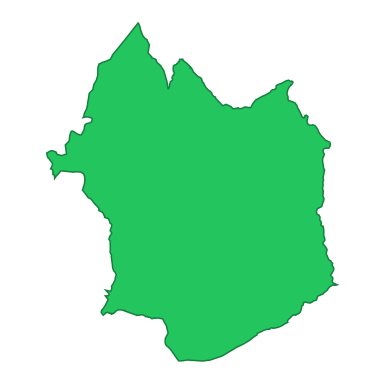 the district of Juárez Hidalgo, Hidalgo, Mexico
{"feature_id": "50627088B76146080244750", "entity_name": "Juárez Hidalgo", "entity_type": "district", "adm_level": 2, "iso_a3": "MEX", "parent_name": "Mexico", "parent_adm1": "Hidalgo", "projection": "mercator", "projection_center": [-98.833, 20.836], "detail": "fine", "context": "isolated", "style": "filled", "palette": "green", "viewbox_px": 384, "rotation_deg": 0, "n_neighbors": 0, "source": "geoboundaries", "source_scale": "gbopen_adm2", "svg_char_len": 5893}
<svg xmlns="http://www.w3.org/2000/svg" viewBox="0 0 384 384"><path d="M336.0,284.2L333.2,283.0L332.6,282.3L332.3,281.4L332.7,279.3L332.8,278.1L332.5,277.3L331.9,276.9L330.9,275.6L330.7,274.9L331.9,273.4L332.8,271.6L333.8,269.5L333.8,268.7L333.3,267.0L332.2,265.5L332.2,264.8L332.7,263.6L332.4,263.0L331.5,262.6L330.9,260.9L330.0,260.5L329.2,260.0L328.6,259.3L326.4,254.2L326.2,253.3L327.1,249.8L326.5,248.4L325.8,247.4L324.6,245.6L323.0,244.0L322.7,243.4L323.3,242.2L324.7,240.7L324.8,240.3L324.8,239.0L324.0,236.4L323.6,234.4L323.8,232.5L323.8,230.4L323.2,226.4L322.4,226.4L322.0,225.8L321.1,225.5L320.8,225.1L321.1,224.5L321.4,223.6L321.3,222.6L320.7,221.0L319.8,220.1L320.0,217.3L319.7,216.4L319.3,215.8L319.0,215.1L318.3,215.0L316.8,213.9L316.6,212.8L316.6,210.6L317.5,208.6L321.6,206.6L322.5,203.8L323.6,201.0L324.0,198.4L322.8,196.1L323.1,194.3L323.3,190.6L322.7,189.7L322.6,187.8L323.1,185.6L323.0,183.1L322.8,182.2L323.5,180.4L323.5,179.8L323.0,178.1L324.1,172.1L324.6,170.0L323.6,167.9L323.3,165.5L322.6,161.6L322.7,158.2L323.8,156.0L324.4,154.0L323.5,152.8L323.0,151.3L323.4,149.6L324.5,148.4L326.7,148.1L328.8,148.2L329.6,147.0L330.1,146.0L330.3,143.8L329.8,142.2L325.6,140.3L321.4,135.9L320.1,134.3L318.6,131.7L317.7,129.3L316.1,126.9L314.7,125.5L312.9,124.8L310.9,125.3L309.1,125.0L307.7,123.8L307.0,122.0L307.4,118.9L308.0,116.7L307.3,115.9L306.1,115.1L305.2,115.4L304.6,116.3L304.6,117.6L303.3,117.8L302.0,116.7L300.1,112.2L297.6,107.7L296.8,105.4L295.2,103.1L293.2,102.0L288.4,100.4L288.0,99.0L288.0,96.4L286.9,94.2L287.7,90.0L289.5,86.6L292.1,84.1L293.0,82.2L292.6,81.5L291.5,81.1L290.7,81.5L288.6,80.2L286.2,80.8L281.2,83.5L277.4,84.8L276.1,86.0L276.1,88.2L274.5,89.5L272.3,89.8L271.0,90.9L270.2,92.3L265.1,95.2L262.3,96.3L255.7,100.0L252.9,103.5L250.8,107.7L249.5,107.4L249.8,107.0L249.1,107.7L245.1,106.9L241.7,108.5L239.1,108.6L238.3,107.8L235.0,108.6L233.8,108.7L232.7,108.5L231.0,106.6L226.0,104.3L225.6,104.6L222.7,105.7L215.8,98.5L215.4,97.0L213.6,96.3L212.1,94.4L211.8,93.0L209.7,90.9L209.0,90.7L205.7,87.3L203.3,82.5L202.3,81.8L201.7,79.2L200.7,77.8L199.4,77.1L197.9,76.5L194.1,72.6L193.4,72.2L193.2,71.4L192.2,69.5L192.2,69.2L190.9,67.5L190.7,67.8L190.1,68.0L190.1,67.7L190.4,66.8L186.8,63.3L182.6,60.0L183.0,59.8L182.8,59.3L182.3,59.4L181.9,59.1L181.2,59.5L179.7,59.3L179.4,60.2L179.2,61.6L178.5,61.8L178.2,62.2L178.0,62.9L176.9,63.6L176.4,64.4L175.2,64.9L174.0,65.3L173.6,65.7L173.2,67.4L173.2,69.9L173.4,71.2L174.0,72.0L174.3,73.1L173.7,74.9L172.6,75.8L172.1,77.4L172.1,78.2L172.4,78.8L172.6,79.9L171.5,81.0L170.7,81.4L170.3,81.8L170.2,83.2L169.5,84.0L169.5,85.0L169.4,87.0L168.8,87.9L168.5,88.7L168.0,88.7L166.9,81.4L163.9,70.9L160.6,65.6L156.9,62.4L156.0,59.6L155.3,59.1L152.3,58.0L152.0,58.1L151.8,57.0L151.2,56.3L148.0,52.9L149.4,44.9L147.0,40.3L147.1,39.8L144.8,38.2L142.9,35.9L140.8,30.6L139.8,26.3L138.8,24.0L138.3,23.0L138.0,23.1L124.6,40.2L112.5,55.0L110.6,59.1L105.8,61.4L102.0,62.5L100.4,63.6L99.2,63.8L98.4,65.8L97.9,68.2L97.7,75.5L96.2,80.5L93.8,84.6L92.9,89.5L89.2,93.4L88.3,99.7L87.7,102.3L87.6,104.5L87.0,107.4L86.5,109.2L84.8,112.4L84.0,114.8L83.9,116.0L83.1,117.6L85.0,117.0L86.1,116.9L88.3,117.0L89.1,117.1L92.0,118.3L92.1,120.2L91.5,121.6L90.3,122.6L88.7,123.2L86.7,123.6L85.1,124.7L84.5,126.5L84.3,128.7L83.7,130.5L82.3,132.9L81.6,134.7L80.3,135.0L78.9,134.8L75.7,133.0L73.5,131.4L72.8,131.1L72.0,131.0L71.4,131.3L71.0,131.8L69.8,135.3L69.5,137.3L69.4,139.5L69.0,141.3L65.3,144.9L66.5,153.9L61.8,155.6L57.1,154.4L56.0,152.0L54.8,151.7L53.2,150.9L51.3,150.7L49.8,151.3L46.8,152.9L47.0,154.9L47.7,157.4L49.4,159.2L50.8,161.3L51.9,162.4L52.2,162.9L52.4,165.1L50.6,168.9L52.3,169.4L52.9,171.3L52.9,174.6L54.4,175.0L54.6,178.5L56.3,176.0L58.4,173.9L60.9,170.9L65.1,171.2L68.0,171.6L69.9,171.7L72.5,172.1L77.1,171.8L80.9,172.1L83.5,173.7L84.5,176.2L84.9,179.9L84.7,182.0L84.2,184.6L83.4,187.2L82.4,190.0L86.7,195.5L88.2,197.7L90.5,198.7L92.6,200.9L93.5,202.4L94.6,203.5L95.3,204.6L96.9,205.9L98.7,208.2L98.9,210.6L101.6,211.8L103.2,213.1L104.0,215.2L104.7,216.1L104.5,217.4L108.4,218.6L109.6,221.5L110.1,223.3L111.5,224.1L111.7,226.0L110.5,229.6L110.2,230.9L111.1,232.0L111.8,233.2L109.6,236.6L108.9,239.3L110.1,240.9L110.3,245.9L110.3,249.5L110.1,252.4L111.5,255.1L111.3,256.6L112.4,265.0L112.6,267.5L113.6,270.6L115.1,272.3L116.3,274.7L115.3,277.7L115.1,279.8L112.8,284.3L111.5,286.2L111.8,287.8L111.4,289.6L110.6,291.4L105.8,290.2L109.3,294.1L108.3,295.8L105.3,295.9L108.2,299.5L105.2,305.5L103.1,308.7L101.5,310.5L101.2,312.3L102.2,314.0L103.3,315.2L105.9,312.9L107.5,312.3L109.5,313.3L111.8,313.4L111.6,314.2L113.1,313.6L114.7,312.5L116.0,311.0L117.9,310.0L120.2,309.8L122.4,310.1L124.7,310.5L124.5,310.9L137.1,315.4L142.1,314.7L143.6,315.3L145.3,316.2L146.0,316.8L147.3,316.5L147.9,317.1L148.4,317.3L149.3,317.1L150.1,317.5L151.5,318.6L152.2,318.7L153.3,318.3L153.9,318.3L154.9,317.9L155.7,318.3L157.8,317.9L159.0,318.1L159.5,318.4L160.2,318.3L160.9,318.6L162.6,318.7L164.3,322.1L166.4,325.7L167.0,328.9L167.9,332.0L168.0,333.5L166.6,335.8L165.3,338.5L165.1,342.0L165.5,344.3L166.4,345.5L170.5,349.3L177.1,358.8L178.7,360.9L183.3,360.7L187.3,360.0L202.7,361.0L210.0,360.1L222.3,355.9L236.1,347.6L243.7,343.9L249.9,340.1L254.2,336.6L256.8,335.1L257.4,333.3L260.1,332.2L263.9,330.3L266.7,329.4L269.7,329.2L270.5,328.3L271.1,327.9L272.3,328.0L273.5,328.3L276.5,327.7L279.6,326.8L282.3,325.5L284.8,323.8L286.8,322.9L287.8,322.3L287.5,321.9L287.7,320.5L289.0,318.8L290.6,317.6L292.2,315.7L293.4,314.9L295.9,315.2L296.3,314.4L298.5,313.8L300.2,312.3L301.4,308.8L301.8,305.8L303.0,305.3L303.5,303.7L303.5,302.5L305.6,302.0L306.9,302.5L308.0,302.6L309.1,303.0L310.5,302.9L312.2,302.0L313.3,300.9L315.5,300.5L316.7,299.7L317.2,297.5L317.7,296.4L318.1,296.0L323.2,293.9L324.0,292.7L326.6,290.8L327.6,289.8L327.9,288.9L330.0,286.6L332.7,285.1L335.9,285.2L337.2,284.8L336.3,284.4L336.0,284.2Z" fill="#22c55e" stroke="#15803d" stroke-width="1.5"/></svg>